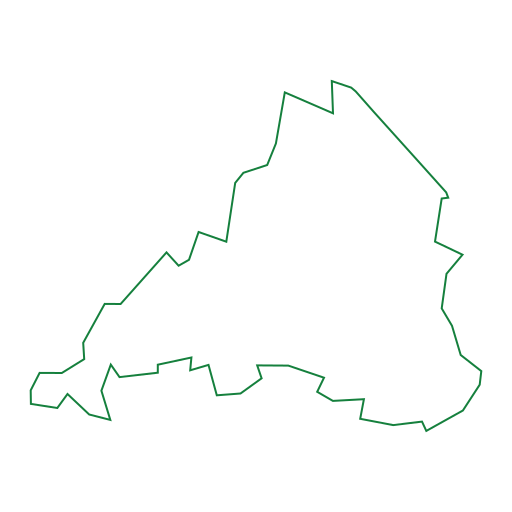 Loudon, Tennessee, United States of America (Robinson projection)
{"feature_id": "52423323B37878033921945", "entity_name": "Loudon", "entity_type": "district", "adm_level": 2, "iso_a3": "USA", "parent_name": "United States of America", "parent_adm1": "Tennessee", "projection": "robinson", "projection_center": [-84.348, 35.756], "detail": "fine", "context": "isolated", "style": "outline", "palette": "green", "viewbox_px": 512, "rotation_deg": 0, "n_neighbors": 0, "source": "geoboundaries", "source_scale": "gbopen_adm2", "svg_char_len": 857}
<svg xmlns="http://www.w3.org/2000/svg" viewBox="0 0 512 512"><path d="M351.2,87.6L331.8,81.1L333.0,113.3L284.8,92.4L275.9,143.5L267.2,165.0L243.4,172.8L235.2,182.9L226.3,241.7L198.6,232.0L189.0,259.8L178.6,265.7L166.5,252.4L120.6,304.0L104.7,303.9L83.2,342.8L84.2,359.1L61.8,373.0L39.6,372.9L30.7,390.3L30.9,403.9L57.3,408.0L67.5,394.0L89.2,414.5L110.3,419.9L101.4,390.7L110.8,364.6L119.5,377.1L157.8,372.7L157.8,364.7L191.4,357.5L190.2,370.3L208.5,364.9L216.8,395.3L240.5,393.5L261.6,378.3L257.2,365.4L288.3,365.6L324.0,377.7L317.2,391.8L332.9,400.9L363.9,399.2L360.2,418.8L393.2,425.1L422.0,421.6L426.3,430.9L462.9,410.5L479.7,384.7L481.3,371.1L460.7,355.0L452.0,325.8L441.7,308.4L446.5,273.8L462.5,254.7L435.0,241.6L441.7,198.5L448.2,197.7L446.2,192.4L419.1,162.2L373.8,111.9L355.7,91.4L351.2,87.6Z" fill="none" stroke="#15803d" stroke-width="2"/></svg>